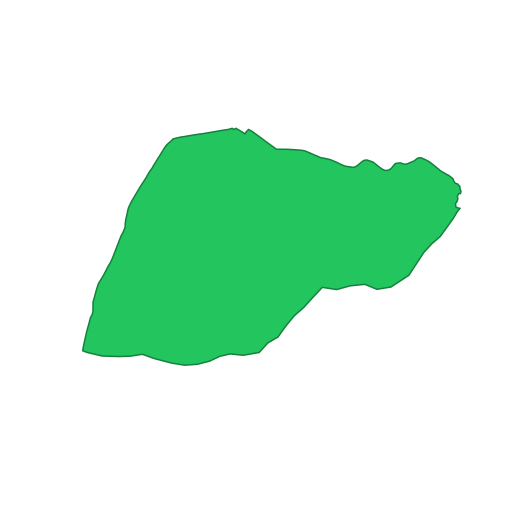 the district of Debubawi Mibrak, Maekel, Eritrea, rotated 36°
{"feature_id": "51966322B67298310056264", "entity_name": "Debubawi Mibrak", "entity_type": "district", "adm_level": 2, "iso_a3": "ERI", "parent_name": "Eritrea", "parent_adm1": "Maekel", "projection": "mercator", "projection_center": [38.948, 15.319], "detail": "fine", "context": "isolated", "style": "filled", "palette": "green", "viewbox_px": 512, "rotation_deg": 36, "n_neighbors": 0, "source": "geoboundaries", "source_scale": "gbopen_adm2", "svg_char_len": 2420}
<svg xmlns="http://www.w3.org/2000/svg" viewBox="0 0 512 512"><g transform="rotate(36 256 256)"><path d="M381.5,81.6L380.0,79.9L376.7,79.2L374.5,80.1L371.9,79.0L369.9,77.7L364.5,77.5L362.5,77.9L355.9,78.6L343.0,77.9L339.7,78.0L336.4,78.5L331.6,79.6L329.4,81.5L328.0,86.2L323.8,93.1L321.3,94.9L318.2,95.7L314.9,98.6L314.2,100.1L314.0,105.3L313.2,107.7L311.7,109.8L309.7,111.1L307.3,111.5L303.7,111.6L300.1,111.4L295.4,111.2L291.5,112.4L289.0,113.3L287.0,115.4L286.2,117.8L285.1,122.1L284.5,124.3L282.8,127.0L280.1,128.4L276.4,130.4L274.6,131.1L270.3,132.1L265.9,132.8L259.4,134.4L254.1,136.7L250.5,138.4L242.6,140.2L240.6,140.6L233.4,142.3L229.8,144.2L227.6,145.6L224.7,147.3L221.9,149.2L219.6,150.6L217.6,152.0L209.7,157.6L204.1,157.6L199.5,157.6L195.7,157.6L191.8,157.5L187.7,157.5L182.3,157.5L179.0,157.5L175.6,158.0L175.1,161.2L175.3,163.6L169.3,164.0L164.7,164.5L163.7,166.6L161.7,166.7L159.0,170.1L154.2,174.8L145.9,183.4L144.4,184.9L140.7,188.7L138.7,190.5L135.2,193.9L131.3,197.9L127.4,201.9L125.3,203.9L123.0,206.5L120.0,210.2L119.7,212.9L119.0,215.9L118.5,218.3L118.4,220.4L118.4,222.4L118.7,225.6L118.8,228.1L119.0,229.9L119.2,232.6L119.3,235.2L119.6,238.4L119.7,240.9L120.3,245.9L120.3,249.7L120.5,252.6L120.7,254.6L121.0,256.7L121.2,259.6L121.6,267.7L122.2,274.2L123.2,285.1L123.6,287.3L124.4,291.6L125.5,294.6L126.5,296.7L128.0,300.2L129.3,303.2L130.4,305.3L131.4,307.0L133.1,309.5L133.8,311.8L134.6,315.8L135.0,318.9L135.6,321.1L136.3,324.1L137.0,326.4L138.1,330.8L139.0,334.0L139.8,337.1L141.1,342.0L141.7,345.0L142.1,347.0L142.3,350.4L143.8,360.0L144.2,364.0L144.5,367.8L144.6,369.8L145.0,371.9L147.3,378.6L149.4,384.0L150.5,387.1L151.3,389.2L152.9,391.4L156.6,396.6L157.9,399.7L158.3,403.2L159.4,406.0L160.8,409.5L162.4,413.9L163.3,416.3L164.8,419.7L166.8,424.4L168.7,428.8L170.1,431.8L171.5,434.5L175.4,433.5L177.5,432.7L183.7,430.1L190.2,427.4L204.1,418.0L213.1,411.0L221.9,402.3L234.1,398.7L250.8,392.2L262.4,386.3L272.2,378.1L280.3,368.3L285.7,358.4L292.7,350.4L304.0,343.8L315.3,332.2L316.7,319.3L321.4,308.6L321.3,295.5L322.1,281.9L324.9,269.5L326.4,255.3L328.1,242.4L341.0,235.7L349.8,224.7L360.8,214.9L373.4,211.9L383.4,201.8L391.0,181.8L389.7,154.5L391.0,143.0L393.6,132.0L393.6,120.6L393.5,109.3L392.8,102.0L393.0,97.6L390.4,98.6L388.6,98.7L386.6,96.2L386.6,93.4L385.5,90.8L383.7,89.3L383.5,86.3L384.7,85.3L383.9,83.3L381.5,81.6Z" fill="#22c55e" stroke="#15803d" stroke-width="1.5"/></g></svg>